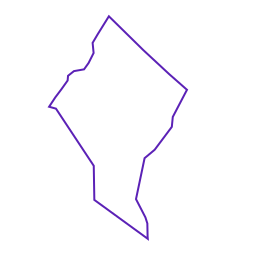 outline of Bagaroua, Tahoua, Niger, rotated 217°
{"feature_id": "23599985B53990886897515", "entity_name": "Bagaroua", "entity_type": "district", "adm_level": 2, "iso_a3": "NER", "parent_name": "Niger", "parent_adm1": "Tahoua", "projection": "mercator", "projection_center": [4.649, 14.377], "detail": "fine", "context": "isolated", "style": "outline", "palette": "violet", "viewbox_px": 256, "rotation_deg": 217, "n_neighbors": 0, "source": "geoboundaries", "source_scale": "gbopen_adm2", "svg_char_len": 485}
<svg xmlns="http://www.w3.org/2000/svg" viewBox="0 0 256 256"><g transform="rotate(217 128 128)"><path d="M103.9,194.0L127.4,195.8L162.5,199.4L210.5,205.7L208.6,184.5L207.5,174.7L200.6,167.2L198.6,156.2L198.4,148.4L205.4,140.9L207.3,133.6L204.8,129.6L204.5,118.8L204.5,108.7L203.8,97.5L197.2,100.1L132.6,77.2L111.6,50.3L45.5,51.4L47.1,53.2L55.1,63.4L60.3,67.1L78.8,76.0L96.6,113.9L93.6,126.7L93.7,155.3L98.9,163.8L103.9,194.0Z" fill="none" stroke="#5b21b6" stroke-width="2"/></g></svg>